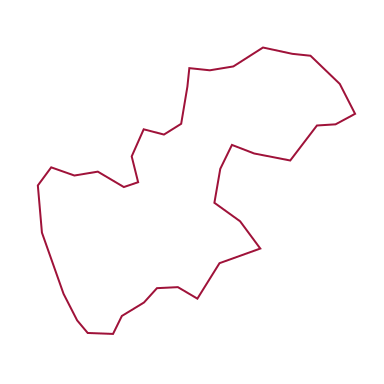 outline of Kosovska Mitrovica, rotated 186°
{"feature_id": "KOS-5894", "entity_name": "Kosovska Mitrovica", "entity_type": "District", "adm_level": 1, "iso_a3": "XKX", "parent_name": "Kosovo", "parent_adm1": "", "projection": "mercator", "projection_center": [20.905, 42.931], "detail": "fine", "context": "isolated", "style": "outline", "palette": "rose", "viewbox_px": 384, "rotation_deg": 186, "n_neighbors": 0, "source": "natural_earth", "source_scale": "10m", "svg_char_len": 630}
<svg xmlns="http://www.w3.org/2000/svg" viewBox="0 0 384 384"><g transform="rotate(186 192 192)"><path d="M281.0,40.9L292.8,52.3L309.1,77.3L337.0,135.9L346.0,182.4L334.6,201.8L310.7,196.1L287.8,202.4L260.3,189.8L246.6,196.1L255.7,221.1L246.6,249.3L225.9,246.2L209.9,258.7L207.6,296.2L207.6,314.9L187.0,314.9L164.0,321.2L136.5,343.1L106.7,339.9L88.4,339.9L56.3,314.9L38.0,286.8L56.3,274.3L74.7,271.2L97.6,233.6L134.2,236.8L157.2,243.0L166.3,218.0L168.6,183.6L141.1,167.9L118.2,142.9L157.2,124.1L175.5,86.5L196.1,95.9L216.8,92.7L228.2,77.1L248.8,61.4L255.7,42.6L281.0,40.9Z" fill="none" stroke="#9f1239" stroke-width="2"/></g></svg>